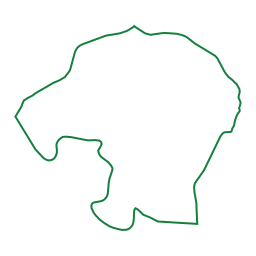 SVG path tracing the border of Kinshasa City
{"feature_id": "COD-1884", "entity_name": "Kinshasa City", "entity_type": "Neutral City", "adm_level": 1, "iso_a3": "COD", "parent_name": "Democratic Republic of the Congo", "parent_adm1": "", "projection": "natural_earth1", "projection_center": [15.874, -4.486], "detail": "fine", "context": "isolated", "style": "outline", "palette": "green", "viewbox_px": 256, "rotation_deg": 0, "n_neighbors": 0, "source": "natural_earth", "source_scale": "10m", "svg_char_len": 1750}
<svg xmlns="http://www.w3.org/2000/svg" viewBox="0 0 256 256"><path d="M15.4,116.6L21.4,106.7L22.2,104.2L23.9,100.5L27.9,97.9L32.3,95.7L35.4,93.3L53.4,82.8L59.7,80.2L63.6,77.8L65.0,77.1L65.7,75.9L69.2,71.5L70.1,69.9L75.1,51.5L77.1,48.0L79.6,45.8L82.4,44.3L105.7,35.7L112.8,34.5L120.0,33.3L127.2,30.8L133.4,27.0L134.2,26.1L134.7,26.6L145.0,33.3L150.4,34.8L164.0,32.9L176.2,33.7L180.7,34.7L184.6,36.0L187.1,37.4L194.6,43.3L215.1,55.8L217.4,58.3L224.6,71.8L226.3,74.3L228.5,77.0L232.4,80.0L234.9,82.6L236.5,83.9L239.4,89.1L239.7,91.4L239.4,93.4L238.8,95.5L238.5,97.5L240.6,102.4L240.0,105.5L239.1,108.1L239.7,110.0L239.7,111.2L237.8,113.5L236.1,117.2L234.8,121.3L234.2,124.6L233.9,125.9L232.4,128.3L232.0,129.9L231.5,131.1L231.3,131.6L230.4,132.0L225.2,132.2L223.4,132.8L221.7,134.5L220.3,136.6L203.9,170.5L196.2,181.3L195.0,183.3L194.3,185.5L194.1,187.8L194.5,192.5L196.3,202.5L197.2,223.9L157.8,221.5L150.4,217.6L143.4,214.8L138.9,210.5L137.0,209.0L135.4,208.3L134.4,209.8L134.1,212.2L133.9,217.7L133.4,222.2L132.8,224.3L132.2,225.4L131.2,226.9L129.5,228.4L127.5,229.4L125.4,229.9L121.3,229.8L113.3,227.8L109.3,226.2L104.2,223.0L99.9,219.7L95.7,215.4L93.6,212.5L91.6,208.3L91.4,205.4L92.3,203.3L94.1,202.4L100.0,201.4L101.9,200.9L103.7,200.0L105.4,198.5L106.8,196.6L107.6,194.5L108.0,192.2L108.7,183.0L109.5,178.7L112.3,170.2L112.5,168.1L110.9,165.3L108.0,162.0L100.9,156.7L98.8,153.4L98.2,150.6L100.8,146.1L101.6,144.0L101.2,142.1L99.4,140.6L95.1,140.1L88.0,140.4L70.9,137.1L66.2,136.7L62.8,136.9L61.0,138.0L59.2,139.5L57.8,141.3L56.7,143.4L56.4,145.5L56.9,150.0L56.9,152.3L56.4,154.5L55.5,156.5L54.3,158.3L52.6,159.5L50.8,160.2L48.9,160.4L47.0,160.0L45.1,159.1L43.1,157.6L35.5,149.5L15.4,116.6Z" fill="none" stroke="#15803d" stroke-width="2"/></svg>